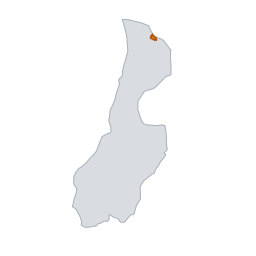 Jūrkalnes pag., Ventspils, Latvia shown in context, rotated 102°
{"feature_id": "27541924B11800996662451", "entity_name": "Jūrkalnes pag.", "entity_type": "district", "adm_level": 2, "iso_a3": "LVA", "parent_name": "Latvia", "parent_adm1": "Ventspils", "projection": "equal_earth", "projection_center": [21.409, 57.03], "detail": "fine", "context": "in_parent", "style": "filled", "palette": "amber", "viewbox_px": 256, "rotation_deg": 102, "n_neighbors": 0, "source": "geoboundaries", "source_scale": "gbopen_adm2", "svg_char_len": 2964}
<svg xmlns="http://www.w3.org/2000/svg" viewBox="0 0 256 256"><g transform="rotate(102 128 128)"><path d="M187.4,170.9L185.9,170.7L181.7,169.6L178.0,167.9L175.8,165.6L172.0,162.5L169.6,161.0L165.7,159.0L159.3,155.0L157.0,154.1L145.7,152.3L141.7,151.5L137.8,147.0L136.6,144.4L134.7,143.9L132.7,144.4L130.6,145.0L125.6,148.0L124.0,148.5L120.9,148.5L113.6,149.2L110.3,148.1L104.5,146.9L101.3,146.7L98.6,146.7L86.3,145.5L84.0,146.8L81.8,147.0L79.6,145.0L76.8,144.4L73.8,145.1L68.3,145.2L61.8,144.6L53.5,144.1L52.3,144.3L43.1,147.0L40.8,147.4L30.8,152.0L22.9,156.2L22.0,149.4L22.5,135.8L23.7,129.1L29.1,125.1L31.9,122.1L33.5,118.1L34.0,114.3L35.1,111.2L42.9,102.4L49.1,101.5L57.5,99.0L66.9,97.0L68.8,99.6L69.7,101.6L81.1,108.8L84.1,111.2L88.6,119.5L99.2,123.8L107.5,122.4L111.1,120.4L117.6,116.6L120.5,113.8L121.1,111.2L119.6,99.8L117.7,94.9L118.3,91.9L119.4,92.0L122.2,90.6L131.3,87.8L133.2,87.7L135.2,87.2L141.0,85.1L142.9,86.2L144.5,87.4L145.3,87.4L145.7,87.0L145.6,86.2L146.0,85.6L147.6,85.9L154.5,89.3L157.1,90.1L158.8,90.3L161.0,91.9L166.8,93.0L167.5,93.8L168.0,94.9L173.5,99.2L176.0,101.4L180.9,103.4L183.0,103.9L191.3,101.8L193.6,101.1L195.5,101.1L197.5,102.2L202.0,103.6L206.1,104.0L206.9,104.0L210.3,104.1L211.5,104.7L212.5,107.4L216.5,109.6L220.2,111.4L221.2,112.3L221.5,113.9L221.4,115.8L221.0,116.8L219.5,117.9L218.4,120.8L218.3,123.5L216.4,128.3L216.9,128.4L221.3,127.5L222.6,128.0L223.6,129.0L224.0,132.0L225.5,133.4L227.1,135.5L227.7,137.1L230.6,139.0L230.9,140.3L232.8,144.8L233.6,147.3L234.0,149.3L233.3,151.9L232.7,153.6L231.8,153.5L229.2,154.0L225.3,156.0L219.6,160.9L218.1,162.0L216.7,165.7L216.4,166.1L212.9,165.9L211.9,165.9L208.4,165.9L200.8,165.0L197.9,165.6L194.1,169.4L192.7,169.9L188.2,170.5L187.4,170.9Z" fill="#d9dde1" stroke="#a8b0b8" stroke-width="1"/><path d="M35.9,118.5L35.5,118.7L35.2,118.6L35.3,118.6L35.1,118.8L34.7,118.8L34.4,118.9L34.3,119.1L34.5,119.2L34.5,119.3L34.4,119.4L34.3,119.5L34.2,119.7L34.1,119.8L34.1,120.1L34.0,120.3L33.9,120.3L33.7,120.4L33.7,120.5L33.7,120.8L33.6,121.0L33.4,121.2L33.4,121.3L33.3,121.5L33.2,121.7L33.2,121.8L33.0,122.0L32.9,122.0L32.8,122.3L32.7,122.4L32.7,122.5L32.5,122.8L32.4,122.8L32.3,123.0L32.2,123.0L32.0,123.3L31.9,123.3L31.7,123.4L31.7,123.5L31.4,123.6L31.5,123.7L31.6,123.8L31.8,123.8L31.9,124.0L32.1,124.0L32.0,123.9L32.3,123.9L32.5,123.9L32.4,124.0L32.5,124.1L32.8,124.1L32.9,124.3L33.1,124.3L33.2,124.5L33.3,124.5L33.4,124.8L33.2,124.9L33.6,124.9L33.8,124.9L34.8,124.7L35.1,124.7L35.0,124.3L35.0,124.1L35.3,124.1L35.5,124.1L35.8,124.0L35.8,123.9L35.7,123.7L35.6,123.4L35.6,123.2L35.5,122.8L35.4,122.8L35.4,122.7L35.4,122.4L35.3,122.0L35.2,122.0L35.6,121.9L35.8,121.9L36.1,121.9L36.0,121.6L36.0,121.4L35.8,121.0L35.8,120.9L35.8,120.7L36.1,120.7L36.4,120.7L36.5,120.6L36.6,120.3L36.5,120.1L36.4,119.9L36.2,119.9L35.9,119.8L36.0,119.8L35.9,119.7L35.7,119.6L35.8,119.4L35.8,119.2L36.0,119.0L36.1,118.9L36.2,118.7L35.9,118.5Z" fill="#f59e0b" stroke="#b45309" stroke-width="1.5"/></g></svg>